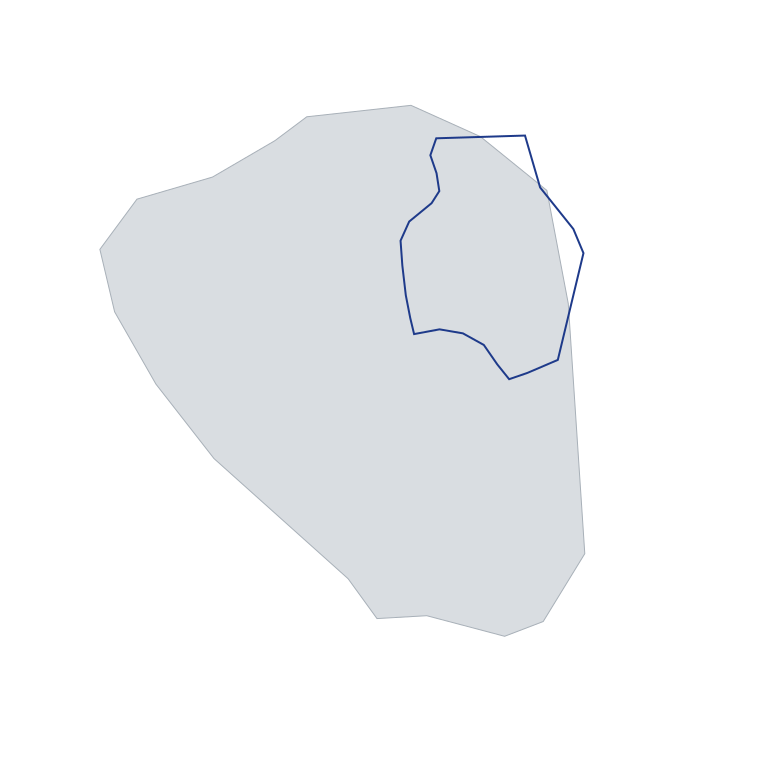 Ordino highlighted on a map of Andorra, rotated 71°
{"feature_id": "AND-4878", "entity_name": "Ordino", "entity_type": "state/province", "adm_level": 1, "iso_a3": "AND", "parent_name": "Andorra", "parent_adm1": "", "projection": "natural_earth1", "projection_center": [1.528, 42.606], "detail": "fine", "context": "in_parent", "style": "outline", "palette": "blue", "viewbox_px": 768, "rotation_deg": 71, "n_neighbors": 0, "source": "natural_earth", "source_scale": "10m", "svg_char_len": 731}
<svg xmlns="http://www.w3.org/2000/svg" viewBox="0 0 768 768"><g transform="rotate(71 384 384)"><path d="M603.5,467.0L556.5,481.3L399.2,569.0L309.8,599.7L228.1,615.2L164.2,608.8L128.8,557.4L132.5,478.8L118.4,407.9L106.2,370.0L129.3,267.8L181.5,212.3L254.0,167.0L368.0,183.6L609.8,249.4L660.4,310.8L661.8,352.1L617.0,419.0L603.5,467.0Z" fill="#d9dde1" stroke="#a8b0b8" stroke-width="1"/><path d="M325.2,152.8L417.8,211.8L420.2,244.9L420.2,264.1L402.4,270.5L379.6,276.9L361.8,292.9L350.4,313.7L346.6,339.3L330.1,337.7L307.2,334.5L278.0,328.1L253.9,321.7L238.6,307.3L228.5,280.1L219.6,268.9L201.8,265.7L182.8,265.7L168.7,254.6L195.0,169.8L249.0,172.4L299.1,154.5L325.2,152.8Z" fill="none" stroke="#1e3a8a" stroke-width="2"/></g></svg>